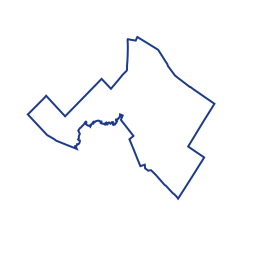 the district of Dracea, Teleorman, Romania, rotated 250°
{"feature_id": "2599482B41150428898624", "entity_name": "Dracea", "entity_type": "district", "adm_level": 2, "iso_a3": "ROU", "parent_name": "Romania", "parent_adm1": "Teleorman", "projection": "equal_earth", "projection_center": [25.009, 43.874], "detail": "fine", "context": "isolated", "style": "outline", "palette": "blue", "viewbox_px": 256, "rotation_deg": 250, "n_neighbors": 0, "source": "geoboundaries", "source_scale": "gbopen_adm2", "svg_char_len": 2075}
<svg xmlns="http://www.w3.org/2000/svg" viewBox="0 0 256 256"><g transform="rotate(250 128 128)"><path d="M121.2,217.5L122.5,216.6L141.2,203.3L143.0,202.1L145.2,200.7L145.2,200.4L145.3,200.2L156.4,193.1L161.2,190.1L172.7,186.7L174.7,186.8L178.7,185.8L182.6,185.0L191.1,183.1L200.9,175.4L210.3,167.9L207.5,165.1L211.5,158.2L211.1,157.8L207.0,156.5L203.0,155.1L197.3,152.9L190.8,150.2L187.3,148.6L182.9,146.9L182.2,146.2L179.9,141.2L177.1,136.6L170.7,125.4L183.2,120.0L168.4,89.3L160.5,72.9L178.1,65.5L186.3,62.1L185.0,59.9L175.0,38.5L169.4,40.9L149.0,49.6L142.7,54.9L140.6,56.2L130.6,67.4L125.9,72.7L127.3,72.6L128.2,71.8L129.0,72.0L129.0,73.8L130.2,74.5L129.7,75.9L130.7,77.4L132.7,78.5L133.6,77.4L134.4,77.2L135.3,78.4L136.8,78.8L137.8,79.6L138.9,80.7L142.6,80.4L144.2,82.6L144.7,84.3L145.4,85.2L146.1,87.1L148.4,90.3L148.4,90.6L147.6,90.9L146.1,89.7L143.8,91.3L143.7,92.1L142.5,92.8L143.2,93.0L143.3,93.5L142.8,93.7L142.8,93.9L143.9,94.1L144.0,95.2L144.7,96.2L144.0,96.8L144.5,97.5L145.5,97.5L145.7,98.2L144.9,98.8L145.5,100.7L144.9,103.1L144.5,103.6L144.0,103.5L143.5,103.9L143.2,105.2L142.2,105.0L141.7,104.3L141.0,105.1L140.6,106.1L140.0,106.7L140.0,107.4L139.1,107.5L138.9,107.8L139.0,108.3L138.9,108.7L139.2,108.9L140.3,108.5L140.6,109.5L139.8,109.8L139.2,109.6L138.9,109.5L138.4,110.0L138.7,110.4L138.9,110.5L139.6,110.7L139.7,112.1L138.6,112.7L138.0,113.0L138.1,113.6L139.0,114.7L139.0,115.1L138.8,115.8L137.9,116.1L137.6,115.9L137.5,115.5L137.0,115.1L136.3,115.1L136.3,115.7L135.9,115.7L135.8,117.2L136.5,117.8L136.9,118.8L137.5,119.2L138.1,120.0L139.1,119.2L140.1,119.6L139.7,121.5L140.3,122.0L140.5,122.9L141.2,123.6L141.3,125.1L141.9,125.5L142.7,124.8L143.5,125.2L141.6,127.3L138.1,124.1L118.7,130.4L118.5,130.1L116.9,125.5L105.2,126.0L94.7,126.3L87.9,126.6L87.8,131.2L84.2,130.3L81.0,132.4L80.5,135.2L73.9,138.3L61.8,143.0L60.7,143.9L51.6,147.7L49.7,148.9L46.9,150.2L44.5,150.9L51.1,159.6L54.4,163.9L55.8,165.7L56.3,166.4L73.3,188.3L74.3,189.5L81.2,184.5L90.0,178.2L109.0,201.9L117.7,213.1L121.2,217.5Z" fill="none" stroke="#1e3a8a" stroke-width="2"/></g></svg>